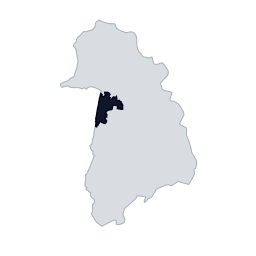 Sissili, Sissili, Burkina Faso shown in context, rotated 100°
{"feature_id": "67063806B75900195473972", "entity_name": "Sissili", "entity_type": "district", "adm_level": 2, "iso_a3": "BFA", "parent_name": "Burkina Faso", "parent_adm1": "Sissili", "projection": "orthographic", "projection_center": [-2.154, 11.45], "detail": "fine", "context": "in_parent", "style": "filled", "palette": "ink", "viewbox_px": 256, "rotation_deg": 100, "n_neighbors": 0, "source": "geoboundaries", "source_scale": "gbopen_adm2", "svg_char_len": 7428}
<svg xmlns="http://www.w3.org/2000/svg" viewBox="0 0 256 256"><g transform="rotate(100 128 128)"><path d="M191.6,160.5L185.0,160.8L182.6,161.6L181.2,161.6L181.1,161.0L180.9,160.7L172.6,158.7L166.7,157.5L160.8,156.2L160.5,157.5L159.6,158.3L158.3,158.4L157.5,158.2L156.9,159.2L155.9,160.4L154.5,161.1L153.2,161.9L152.4,162.5L151.9,162.6L150.5,160.9L148.7,160.8L145.3,161.1L143.8,160.6L141.8,160.4L136.9,160.8L129.1,160.1L127.8,160.5L127.5,160.8L119.7,160.9L111.2,161.0L104.1,161.0L97.9,161.1L97.9,160.8L95.9,160.8L95.7,161.3L93.9,167.8L93.7,171.4L94.6,173.6L95.7,175.0L96.9,175.6L97.0,176.4L96.0,177.4L96.1,178.4L97.2,179.5L97.5,180.7L96.9,181.8L97.0,184.7L97.9,189.2L97.9,192.2L97.1,193.5L97.5,195.8L99.0,199.1L99.3,200.4L98.7,201.1L97.4,201.9L96.2,201.9L94.6,199.9L94.0,199.0L92.8,197.0L91.7,195.0L90.3,194.2L89.0,193.3L87.3,190.8L85.7,189.6L84.0,189.9L81.5,189.4L76.5,188.8L71.1,188.9L68.9,189.5L66.6,190.4L61.0,192.4L58.8,193.4L57.1,195.9L55.2,195.9L53.3,195.0L52.1,193.9L49.6,194.1L47.1,193.0L44.7,190.7L43.0,190.0L40.8,188.4L40.2,185.3L38.8,183.2L37.5,180.2L35.6,178.8L33.3,178.1L30.3,178.2L28.2,177.0L26.7,175.3L27.1,173.8L27.8,171.6L27.9,169.6L28.5,166.2L28.2,162.1L27.7,159.2L29.4,158.0L31.4,156.9L32.6,154.9L33.9,150.5L34.5,146.7L34.1,145.3L33.5,144.1L33.0,142.5L32.7,140.4L33.1,138.7L34.6,137.1L36.5,135.7L37.8,135.1L41.3,134.4L45.7,133.5L48.2,132.3L50.0,131.2L51.1,130.3L52.1,128.4L53.8,127.0L55.2,125.6L55.4,121.5L55.4,119.2L54.4,117.9L53.9,116.8L60.4,113.7L60.5,111.4L59.6,108.9L58.3,106.9L57.9,105.2L59.7,103.1L61.3,101.6L62.4,100.3L65.0,98.3L67.6,97.8L70.0,98.6L77.1,103.3L78.3,103.6L79.8,103.3L81.6,102.0L84.0,101.1L84.9,97.9L84.9,93.3L85.4,91.2L86.7,90.8L90.8,91.7L91.8,91.8L93.0,91.5L93.9,90.7L93.8,89.2L93.6,87.9L95.0,83.6L97.4,80.4L102.3,76.4L103.8,75.6L105.6,75.2L114.3,77.9L115.7,77.3L117.8,70.4L120.2,69.8L123.0,69.6L124.9,69.1L125.8,68.6L129.9,66.0L137.2,62.4L141.2,60.9L141.9,60.3L144.7,57.8L148.4,54.9L150.8,54.3L154.1,54.1L156.1,54.6L156.7,55.4L157.4,55.8L161.7,54.5L167.8,56.4L173.1,58.3L172.8,59.5L172.8,61.7L172.4,65.1L171.9,69.1L174.1,71.7L176.8,74.5L177.5,75.6L176.8,78.4L177.3,80.1L178.8,82.8L181.2,86.2L183.6,89.8L185.3,90.2L186.9,90.5L187.9,91.1L189.3,91.7L190.8,92.1L192.0,92.9L192.8,93.6L193.8,95.8L196.6,97.2L198.5,98.6L197.8,99.4L195.4,99.1L193.1,98.5L192.8,99.6L192.8,103.6L193.2,106.9L193.7,107.4L196.0,108.0L201.5,112.3L206.4,116.3L208.0,117.4L210.8,117.8L213.8,117.9L215.1,117.5L218.0,115.4L219.5,115.1L221.0,115.2L221.8,115.5L223.2,117.2L224.5,119.7L225.0,121.6L224.8,122.6L224.4,123.0L222.0,123.5L221.0,123.9L220.7,124.5L221.1,125.7L221.6,126.5L224.3,130.2L228.2,135.1L229.3,136.4L228.7,137.9L226.8,141.8L225.4,143.5L219.1,149.1L216.0,148.4L209.4,149.7L208.4,148.4L206.8,148.2L204.9,148.5L204.2,149.0L204.0,149.5L203.4,150.3L202.2,152.5L201.2,153.1L200.1,153.4L198.6,153.4L197.8,153.7L197.8,154.8L197.6,155.7L196.6,156.2L196.2,157.3L196.3,158.3L195.7,158.8L194.5,158.5L193.7,158.2L193.1,159.6L192.2,160.5L191.6,160.5Z" fill="#d9dde1" stroke="#a8b0b8" stroke-width="1"/><path d="M96.5,154.5L96.7,154.9L96.7,155.5L96.8,155.7L96.8,155.9L96.8,156.2L96.9,156.4L97.0,156.8L97.0,157.1L98.3,156.6L98.5,156.5L98.5,156.4L98.3,155.9L98.3,155.7L98.6,155.4L99.0,155.4L99.3,155.5L99.9,156.0L100.2,156.3L100.5,156.7L100.7,156.9L101.1,157.2L101.4,157.3L101.6,157.5L101.6,157.8L101.5,158.5L101.4,158.8L101.3,159.2L101.2,159.3L100.8,159.4L100.5,159.3L100.0,159.3L99.8,159.3L99.7,159.6L99.6,159.9L99.5,160.0L99.4,160.1L99.0,160.3L98.9,160.5L98.8,160.8L99.1,160.8L99.3,160.8L99.8,160.9L101.6,160.8L101.9,160.9L102.4,160.9L102.9,161.1L103.0,161.0L103.5,161.1L103.9,161.1L104.2,161.2L106.1,161.1L107.2,161.2L107.7,161.1L108.0,161.2L108.6,161.2L109.6,161.1L110.1,161.1L110.5,161.1L111.2,161.1L111.6,161.1L112.0,161.2L113.1,161.3L115.6,161.3L115.9,161.3L116.0,161.3L117.8,161.2L118.1,161.3L118.9,161.2L122.6,161.2L123.5,161.2L123.7,161.3L123.8,161.4L124.5,161.3L124.8,161.2L125.9,160.8L126.3,160.8L126.7,160.9L126.9,161.0L127.0,161.0L127.6,161.0L127.8,160.7L127.7,160.5L127.8,160.4L127.8,160.2L129.2,160.2L129.5,160.3L129.8,160.2L130.3,160.3L131.0,160.2L131.8,160.3L131.9,160.2L131.7,159.9L131.8,159.9L132.1,159.7L132.0,159.4L132.1,159.2L131.9,159.2L131.8,159.3L131.8,159.5L131.7,159.6L131.4,159.5L131.2,159.4L130.9,159.2L130.7,158.9L130.5,158.7L130.4,158.7L130.5,158.5L130.7,158.3L130.6,158.2L130.4,158.2L130.1,158.3L129.8,158.2L129.7,158.1L129.4,158.3L129.2,158.3L128.9,158.2L129.0,158.0L128.8,157.8L128.7,157.8L128.4,158.0L128.4,157.9L128.2,157.8L128.3,157.6L128.4,157.4L128.2,157.3L127.8,157.3L127.7,157.4L127.6,157.5L127.4,157.4L127.2,157.3L127.2,157.2L127.3,157.1L127.2,157.0L127.0,156.9L126.8,156.8L126.7,156.7L126.5,156.4L126.3,156.4L126.3,156.5L126.1,156.5L126.0,156.4L125.9,156.4L125.9,156.2L126.0,156.0L126.2,155.8L126.8,155.1L126.9,154.9L126.9,154.7L126.8,154.4L126.8,154.1L126.9,153.6L127.0,153.5L127.1,153.4L127.4,153.3L127.5,153.1L127.5,152.6L127.4,152.2L127.5,151.7L127.4,151.7L127.2,151.4L127.1,151.2L126.9,151.1L126.6,151.0L126.5,150.9L126.4,150.8L126.3,150.6L126.2,150.6L125.6,150.5L124.9,150.3L124.7,150.4L124.5,150.5L124.3,150.7L123.9,151.3L123.6,151.5L123.3,151.9L123.0,152.0L122.7,152.2L122.4,152.3L122.0,152.5L121.9,152.5L121.7,152.5L121.4,152.1L121.2,152.0L120.8,152.0L120.7,151.9L120.7,151.7L120.8,151.5L120.8,151.4L120.7,151.2L120.8,151.0L119.5,151.1L118.7,151.1L118.5,151.3L118.3,151.5L118.2,151.6L118.2,151.9L117.9,151.9L117.7,151.8L117.5,152.0L117.5,152.3L117.4,152.4L117.4,153.0L117.2,153.2L117.0,153.3L116.9,153.3L116.7,153.2L116.3,153.2L116.2,153.1L115.9,153.1L115.9,152.8L115.9,152.7L115.7,152.6L115.6,152.4L115.7,152.2L115.2,151.9L114.8,151.7L114.5,151.4L114.1,151.0L113.9,150.7L113.6,150.1L113.3,149.4L113.2,149.2L112.9,148.1L112.9,147.9L112.4,147.2L112.1,147.0L111.9,146.9L111.7,146.9L110.6,147.0L110.4,147.0L109.6,147.0L109.2,146.9L108.9,146.8L108.6,146.6L108.3,146.5L108.2,146.4L108.0,146.1L107.9,146.0L107.9,145.8L107.8,145.4L107.9,144.3L107.9,144.0L108.0,142.3L108.0,141.9L108.3,141.6L108.5,141.4L108.6,141.5L108.8,141.6L109.1,141.6L109.3,141.7L109.6,141.7L109.8,141.8L110.4,142.0L110.5,141.9L110.7,141.7L110.7,141.2L110.7,140.7L110.5,139.9L110.4,139.7L110.2,139.3L110.2,139.2L110.3,139.1L110.7,139.1L110.8,139.0L110.7,138.5L110.5,137.2L110.4,136.6L110.2,136.6L109.7,136.7L109.5,136.8L109.3,136.9L109.2,136.9L108.9,136.9L107.6,137.2L107.4,137.2L106.7,137.1L106.4,137.2L106.2,137.4L106.0,137.7L105.8,137.9L105.5,138.1L104.9,138.3L104.4,138.9L104.2,139.3L103.9,139.6L103.7,139.6L103.4,139.5L103.2,140.1L103.1,140.7L103.1,141.1L102.9,141.2L102.6,141.3L102.4,141.4L102.4,141.5L102.6,142.0L102.6,142.4L102.7,142.6L102.8,142.9L102.7,143.4L102.7,143.9L102.7,144.3L101.7,144.3L100.8,144.3L100.6,144.3L99.9,144.6L99.5,144.8L99.2,144.9L99.6,145.1L99.9,145.4L100.0,145.6L100.1,146.0L100.1,146.5L100.0,147.0L99.9,147.4L100.0,147.6L100.4,148.0L100.8,148.3L101.4,148.6L101.8,148.7L102.3,149.1L102.6,149.3L102.9,149.4L103.3,149.4L103.4,149.5L103.5,149.6L103.9,149.9L104.0,150.0L103.9,150.0L103.7,150.3L103.4,150.5L103.0,150.7L103.0,150.8L102.9,150.8L102.9,151.0L102.7,150.9L102.5,151.0L102.1,151.0L101.6,151.0L101.3,150.9L101.3,151.0L101.2,151.2L101.2,151.3L101.1,151.7L101.1,151.9L101.1,152.2L101.0,152.3L100.8,152.2L100.5,152.2L100.4,152.2L99.5,152.1L99.2,152.1L98.8,151.9L98.4,151.7L98.2,151.6L97.8,151.9L97.5,152.2L97.3,152.3L97.1,152.9L96.9,153.1L96.6,153.3L96.5,153.7L96.5,153.8L96.6,154.1L96.5,154.3L96.5,154.5Z" fill="#0f172a" stroke="#020617" stroke-width="1.5"/></g></svg>